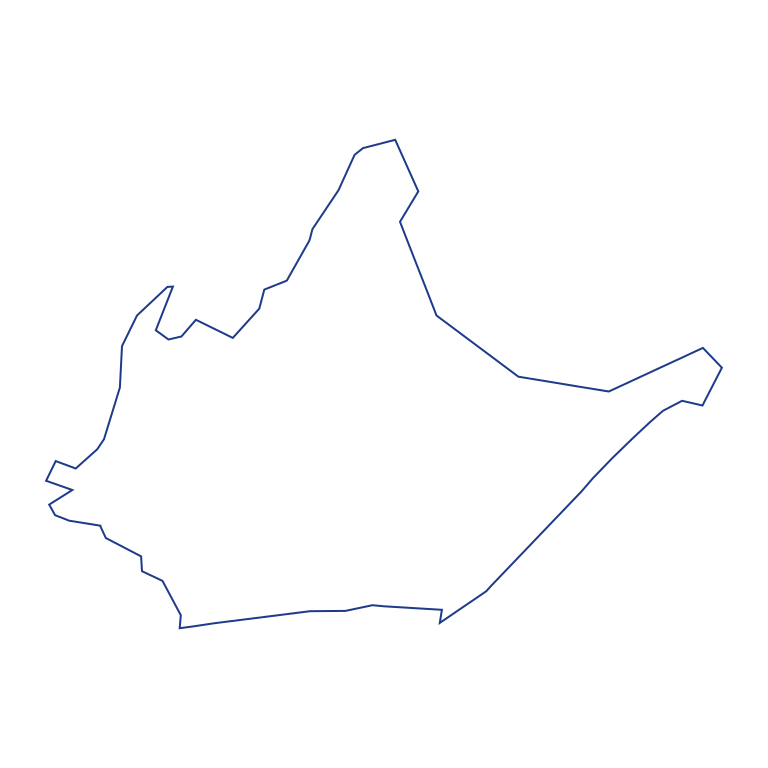 the district of Cataño, Puerto Rico
{"feature_id": "32010507B33074408407079", "entity_name": "Cataño", "entity_type": "district", "adm_level": 2, "iso_a3": "PRI", "parent_name": "Puerto Rico", "parent_adm1": "", "projection": "orthographic", "projection_center": [-66.144, 18.442], "detail": "fine", "context": "isolated", "style": "outline", "palette": "blue", "viewbox_px": 768, "rotation_deg": 0, "n_neighbors": 0, "source": "geoboundaries", "source_scale": "gbopen_adm2", "svg_char_len": 971}
<svg xmlns="http://www.w3.org/2000/svg" viewBox="0 0 768 768"><path d="M702.5,405.5L704.2,402.1L721.9,367.7L721.3,367.1L702.9,347.9L608.8,391.5L579.2,386.7L518.4,376.7L436.5,315.5L425.8,287.9L409.9,247.3L400.0,221.8L401.0,220.1L413.9,198.7L418.3,191.4L395.2,139.8L363.0,148.1L354.6,154.8L338.5,190.2L312.4,229.2L310.1,238.2L309.3,240.7L286.8,280.6L264.3,289.6L259.3,308.6L232.8,337.9L195.9,319.8L181.4,336.5L168.5,339.5L155.8,330.3L172.9,286.6L167.4,286.9L137.0,315.5L122.0,346.1L119.9,387.5L104.0,439.2L97.2,449.3L75.7,468.5L55.7,461.1L46.1,480.8L72.3,490.0L49.2,504.6L55.1,515.2L69.2,520.7L100.4,525.7L100.4,526.3L105.8,538.0L141.1,556.4L142.0,571.2L162.5,580.9L180.8,615.2L179.7,628.2L192.6,626.5L214.6,623.2L310.0,611.2L345.4,610.9L372.5,605.2L384.0,606.3L441.9,609.8L439.8,622.9L486.3,591.2L490.5,586.5L581.7,491.2L592.8,478.3L612.4,458.0L632.4,438.6L650.0,422.1L661.8,411.8L663.5,410.5L682.1,400.8L702.5,405.5Z" fill="none" stroke="#1e3a8a" stroke-width="2"/></svg>